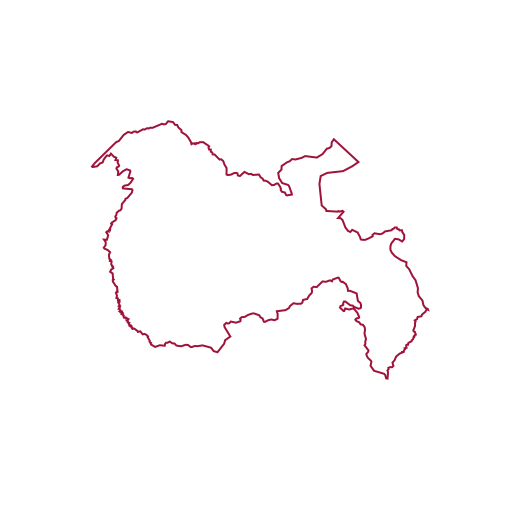 Asante Akim North, Ashanti, Ghana (orthographic projection), rotated 225°
{"feature_id": "2480657B62831767110058", "entity_name": "Asante Akim North", "entity_type": "district", "adm_level": 2, "iso_a3": "GHA", "parent_name": "Ghana", "parent_adm1": "Ashanti", "projection": "orthographic", "projection_center": [-0.952, 6.841], "detail": "fine", "context": "isolated", "style": "outline", "palette": "rose", "viewbox_px": 512, "rotation_deg": 225, "n_neighbors": 0, "source": "geoboundaries", "source_scale": "gbopen_adm2", "svg_char_len": 6102}
<svg xmlns="http://www.w3.org/2000/svg" viewBox="0 0 512 512"><g transform="rotate(225 256 256)"><path d="M283.5,393.6L282.8,389.9L280.3,387.0L280.4,384.4L281.8,382.0L281.0,375.1L282.6,368.6L291.9,361.4L293.1,357.7L296.3,352.2L299.0,350.1L299.2,346.7L300.3,344.3L301.5,337.8L299.1,335.1L299.1,330.5L294.7,327.4L289.1,326.1L283.6,328.9L282.3,328.9L275.2,325.6L274.1,324.8L276.9,320.8L277.7,320.4L280.5,321.3L283.2,319.7L285.3,320.2L285.8,321.1L287.9,322.0L291.7,322.8L292.8,321.7L293.4,319.1L294.8,317.3L300.1,316.9L302.5,316.0L303.9,314.7L306.1,315.4L308.2,314.9L311.5,315.7L315.6,311.0L317.5,310.7L318.9,308.8L323.6,307.3L323.9,301.2L325.8,300.1L327.5,301.3L328.5,301.0L330.1,299.2L331.3,295.7L333.4,293.1L334.5,292.8L339.0,297.4L342.8,298.3L346.4,300.0L349.1,299.7L350.0,298.4L357.0,298.5L358.5,297.2L360.1,298.3L361.7,297.8L363.2,299.3L364.5,298.1L366.3,299.1L366.6,300.4L367.4,300.4L373.9,299.1L376.3,296.6L376.6,294.7L377.9,293.9L377.7,293.1L378.6,292.7L378.2,292.1L380.3,291.1L380.7,289.5L383.0,290.7L387.9,291.9L391.1,292.1L396.3,290.9L397.8,292.3L401.8,292.0L404.4,292.9L406.0,291.5L409.3,292.0L413.4,289.2L413.1,285.6L414.2,283.9L415.9,283.1L419.8,273.5L421.6,271.8L422.0,270.2L423.3,269.5L424.2,266.6L425.5,265.7L427.3,259.5L427.9,259.0L429.1,259.1L430.5,257.3L430.8,255.2L434.2,253.2L435.2,248.0L434.3,240.4L435.4,237.6L435.7,207.4L435.2,203.3L434.4,203.4L431.7,207.2L431.8,211.1L430.6,213.7L431.8,216.3L432.5,220.2L432.4,221.9L430.4,223.1L431.0,225.8L426.7,225.7L424.3,226.7L423.2,224.4L421.3,226.0L419.7,224.1L416.6,223.1L416.4,222.2L417.1,220.2L416.6,219.2L413.2,218.4L411.0,215.6L410.3,216.5L410.0,222.0L408.8,225.9L405.6,227.4L404.7,227.1L401.6,221.2L400.4,221.7L398.6,223.6L397.5,223.7L396.5,219.1L396.6,215.9L398.9,212.5L399.0,210.5L397.9,209.7L390.9,215.5L389.9,215.2L388.6,213.0L388.0,206.1L388.7,204.0L388.0,203.0L387.6,197.9L384.5,194.4L384.2,192.4L384.9,191.2L385.1,188.2L383.6,185.9L383.5,184.5L382.3,183.8L381.4,184.1L380.6,182.2L381.6,177.5L381.3,176.5L380.2,176.8L378.4,170.8L377.9,171.6L377.3,170.8L378.0,170.3L378.1,169.2L377.6,169.0L378.6,168.3L378.7,166.9L375.2,166.2L372.9,162.0L375.1,160.1L372.0,159.5L370.0,157.3L369.5,154.2L368.2,154.1L365.1,155.4L361.8,155.5L360.9,152.9L357.8,150.3L356.9,150.5L356.0,149.4L355.6,150.2L355.1,149.6L354.3,150.1L352.6,147.8L350.4,147.0L350.4,147.5L349.7,147.4L348.2,146.5L348.8,143.9L348.0,141.7L345.0,142.3L340.8,138.7L340.0,138.7L340.3,137.7L339.1,136.7L333.7,135.6L332.6,136.0L329.2,133.3L329.4,132.6L328.5,132.5L328.9,130.8L326.3,129.7L325.0,127.6L323.8,128.4L322.6,127.3L321.5,128.4L320.2,127.3L320.8,126.5L320.1,126.4L320.3,125.6L317.7,124.9L317.6,123.6L316.5,124.2L315.8,121.8L315.2,122.4L314.7,121.7L313.1,121.7L313.2,120.9L312.5,121.4L312.2,120.7L311.5,121.6L311.2,120.9L310.4,121.4L310.3,120.8L309.5,120.9L309.8,119.9L307.4,120.4L306.8,119.4L305.5,119.1L304.7,120.4L303.8,119.9L303.5,120.6L301.6,121.2L301.7,118.9L300.4,119.3L299.8,118.4L298.3,119.1L298.0,118.0L297.2,117.8L294.8,118.6L294.3,118.3L295.0,117.4L292.8,117.8L292.7,117.2L291.8,117.1L290.7,118.6L286.8,119.2L285.8,118.8L284.6,120.9L280.7,120.5L279.8,122.0L278.1,122.7L275.5,122.8L275.3,122.0L271.3,121.0L270.7,120.1L268.8,120.3L268.8,119.7L267.6,119.2L263.0,120.4L260.9,124.9L257.1,128.0L258.2,129.7L258.2,131.1L257.2,132.1L256.5,134.5L253.3,135.1L251.8,136.5L249.0,136.4L247.6,137.3L245.0,139.4L243.0,143.4L241.2,145.0L237.7,145.5L237.0,146.3L235.5,149.3L233.8,150.6L230.6,155.0L222.9,159.4L218.7,158.8L215.2,160.7L216.5,171.5L218.3,174.6L217.2,180.9L227.9,183.5L229.8,184.8L229.7,187.7L228.2,188.3L227.3,189.7L227.5,191.8L223.0,194.7L220.9,198.8L221.7,200.0L223.0,200.4L222.9,202.5L220.8,205.2L220.0,208.6L218.0,212.7L216.6,214.1L211.7,216.4L209.6,215.8L207.3,216.5L203.9,215.1L203.0,215.9L201.9,219.4L200.3,221.9L197.4,223.8L196.4,226.9L199.6,230.2L202.2,231.7L196.8,238.6L195.9,242.6L196.6,244.6L196.1,249.1L193.2,251.1L190.3,254.3L190.3,255.9L191.7,258.2L189.4,261.8L190.5,266.0L190.4,269.0L191.4,270.7L193.8,272.4L193.5,275.0L191.1,277.0L191.0,285.0L188.3,287.2L186.5,291.1L184.4,291.8L185.1,293.6L182.7,298.8L182.0,299.1L178.2,297.9L176.7,298.4L176.5,299.1L172.5,299.7L168.3,298.0L166.4,296.4L164.8,297.9L158.4,300.7L152.2,296.3L149.0,296.6L147.3,295.8L145.5,294.0L145.2,293.0L146.1,291.3L150.9,289.3L152.4,289.4L154.5,287.8L160.6,287.0L161.6,286.1L161.1,284.4L159.7,283.1L160.8,280.3L160.1,278.9L155.1,279.0L154.7,279.6L155.8,282.0L152.3,284.0L150.4,287.4L148.9,287.9L144.1,287.5L139.7,285.7L139.6,284.7L140.9,282.8L140.7,281.2L139.0,281.0L136.0,282.1L133.7,281.6L131.7,283.0L128.7,282.4L126.7,280.9L124.5,277.9L119.4,275.0L118.3,272.8L116.6,271.3L116.1,269.6L109.8,268.8L109.0,267.8L108.7,264.8L107.9,264.1L105.0,263.1L100.6,263.2L99.6,262.8L97.4,259.4L91.4,258.3L82.1,263.3L80.5,263.2L77.4,261.5L76.3,262.3L80.5,267.2L82.1,268.0L82.2,269.7L83.3,270.4L82.8,271.9L81.1,273.7L81.1,275.4L84.1,277.1L84.3,280.3L85.8,283.9L85.4,288.6L84.3,291.1L84.8,291.4L83.7,292.7L84.6,293.7L84.7,295.4L85.7,295.9L84.6,297.5L86.3,298.6L86.8,299.6L85.7,300.7L86.8,302.3L85.7,305.7L86.2,306.3L86.1,308.3L87.5,310.5L86.9,310.7L87.8,312.7L87.4,313.4L90.1,314.7L91.2,314.2L92.2,314.7L94.0,318.9L96.4,321.3L96.8,322.5L98.2,322.7L97.5,325.3L98.6,327.2L96.4,330.3L97.2,332.1L96.8,336.3L97.7,339.0L96.3,339.6L97.2,340.0L99.5,339.1L101.0,339.3L103.0,339.7L106.8,342.2L112.4,342.7L115.9,344.5L118.8,347.8L126.1,351.7L130.8,352.4L138.4,355.0L142.7,355.2L145.2,358.0L150.3,355.7L157.7,354.1L162.4,354.4L165.3,355.4L167.8,357.9L169.2,360.6L169.9,366.4L167.0,368.6L162.9,369.6L163.2,372.7L166.2,375.8L169.3,376.3L171.0,377.4L172.6,375.6L173.8,375.9L175.1,375.0L176.6,375.7L178.0,374.4L177.9,372.7L178.6,371.6L178.3,370.1L182.1,364.7L182.5,361.3L183.6,359.2L188.3,355.8L188.5,353.2L187.4,352.4L188.9,347.8L190.3,344.5L193.1,342.0L193.7,341.8L195.9,343.0L200.8,344.5L206.5,342.5L206.3,339.7L208.6,338.8L213.0,339.4L220.2,342.6L223.0,342.5L224.8,340.9L225.4,349.2L226.8,349.1L228.3,346.5L229.5,346.0L229.5,345.2L238.1,337.6L239.4,338.5L245.3,338.2L262.1,351.8L266.8,358.3L264.4,365.1L254.5,377.5L251.4,387.4L250.0,394.9L283.5,393.6Z" fill="none" stroke="#9f1239" stroke-width="2"/></g></svg>